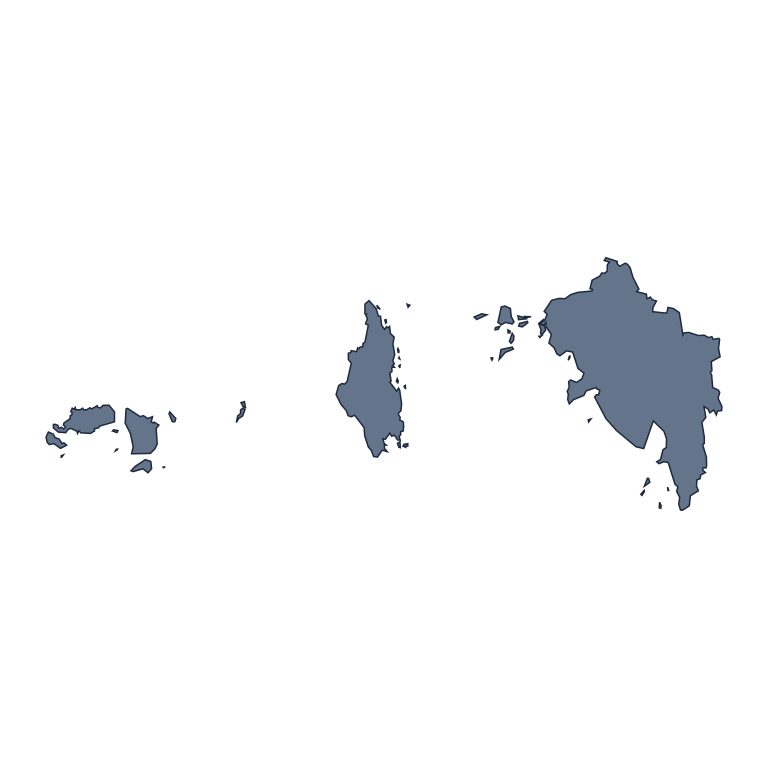 Mueang Satun, Satun, Thailand (Albers equal-area conic projection)
{"feature_id": "78962969B14471868666252", "entity_name": "Mueang Satun", "entity_type": "district", "adm_level": 2, "iso_a3": "THA", "parent_name": "Thailand", "parent_adm1": "Satun", "projection": "albers", "projection_center": [99.766, 6.614], "detail": "fine", "context": "isolated", "style": "filled", "palette": "slate", "viewbox_px": 768, "rotation_deg": 0, "n_neighbors": 0, "source": "geoboundaries", "source_scale": "gbopen_adm2", "svg_char_len": 6113}
<svg xmlns="http://www.w3.org/2000/svg" viewBox="0 0 768 768"><path d="M605.9,257.7L604.2,260.5L609.5,262.1L607.4,264.7L607.1,271.4L604.1,273.4L601.8,272.9L599.8,276.1L592.1,280.2L590.0,288.7L592.5,289.3L591.9,291.0L577.6,292.4L570.7,294.6L565.1,298.7L559.0,298.4L551.6,300.3L544.2,311.4L547.2,314.3L544.6,320.4L541.0,322.6L540.7,324.2L544.0,325.1L545.9,322.6L546.2,326.9L551.3,334.5L548.9,343.0L554.1,347.8L556.9,353.9L559.8,355.8L566.7,350.8L572.7,352.1L578.0,368.5L584.0,373.2L581.7,379.0L576.5,382.4L570.6,380.0L568.6,381.7L569.2,387.3L567.2,391.3L568.3,394.3L567.7,399.5L569.3,403.9L573.5,399.7L583.9,395.4L586.2,390.9L596.2,387.5L597.1,389.2L599.8,389.9L598.6,394.8L596.4,394.7L594.6,397.0L606.0,418.7L616.4,430.4L635.9,446.7L643.7,448.6L653.3,420.9L664.0,431.3L666.5,438.8L666.3,447.5L663.0,449.7L660.5,459.5L656.7,461.8L659.1,463.7L663.7,461.7L668.2,462.5L675.0,484.3L677.8,486.6L676.7,491.6L679.7,497.3L678.7,504.1L680.5,510.0L682.5,510.3L689.3,505.8L690.4,495.8L698.4,490.8L696.5,486.0L696.9,479.9L700.1,478.7L700.7,474.9L705.4,472.6L702.7,470.0L702.9,467.9L706.0,467.9L706.6,465.6L706.4,457.0L702.6,444.5L704.3,443.5L704.3,437.0L701.9,422.4L705.8,417.5L704.0,406.5L707.9,408.9L709.8,412.8L713.8,410.0L716.3,414.9L717.5,411.1L721.6,410.6L721.9,406.5L718.1,398.3L719.7,392.3L718.2,390.0L712.7,387.5L711.6,374.7L710.2,372.4L711.9,370.8L711.3,361.6L720.1,356.8L718.5,348.3L719.6,339.7L718.9,338.4L713.2,339.3L711.9,336.7L708.6,337.6L704.2,335.2L698.4,335.5L688.5,332.4L683.7,333.0L682.9,334.8L679.3,312.6L673.5,308.6L668.0,307.4L667.0,312.2L665.6,313.1L652.8,311.7L652.9,307.7L656.5,301.0L652.3,299.8L650.4,297.1L646.9,298.7L646.4,294.1L636.7,291.7L638.9,289.1L633.0,277.5L630.1,267.6L627.5,264.3L625.2,263.2L619.7,266.3L616.8,263.2L617.4,261.5L605.9,257.7ZM376.0,308.4L369.0,300.6L365.0,304.1L364.9,313.8L366.6,314.1L365.9,315.5L367.4,318.6L365.5,323.8L368.3,325.2L365.0,342.0L363.0,343.5L362.6,346.8L360.1,347.0L359.0,348.7L357.7,347.8L356.6,351.7L351.2,350.6L350.7,352.5L348.3,353.3L348.4,359.7L351.3,363.0L347.2,381.3L344.7,384.1L341.9,383.5L338.7,385.6L336.1,394.6L341.2,404.7L346.4,410.7L348.0,415.6L351.0,416.8L354.7,415.3L364.1,427.6L364.7,435.8L368.3,446.9L371.3,450.4L373.6,456.5L377.5,457.1L382.2,450.2L387.2,451.6L384.5,448.4L384.4,445.0L386.2,445.1L384.0,443.2L382.9,438.7L385.4,439.3L389.8,433.2L391.6,436.2L394.6,435.3L397.5,440.0L400.2,440.0L399.0,436.5L400.7,434.8L400.6,431.8L403.2,431.0L403.6,426.9L403.4,422.0L399.7,419.8L400.2,417.4L398.6,414.8L398.6,412.8L400.9,410.9L401.6,404.1L399.7,390.2L398.6,388.1L396.7,391.2L389.7,382.0L391.1,381.0L389.9,373.2L392.0,371.4L391.7,367.4L394.4,367.2L392.5,365.2L394.3,364.0L392.9,360.8L394.7,354.5L392.9,343.8L394.2,337.2L390.4,333.4L389.6,326.4L388.1,327.8L386.6,326.7L384.6,329.4L381.6,325.2L380.5,316.2L378.4,316.0L376.0,308.4ZM140.1,416.6L127.6,408.4L126.1,408.9L125.2,423.2L130.3,433.3L133.2,446.8L131.6,453.8L150.4,453.4L154.9,448.9L157.2,444.0L156.2,428.4L158.9,425.1L154.1,422.1L153.3,423.0L151.2,422.0L152.5,416.7L147.8,418.5L143.4,415.7L140.1,416.6ZM109.1,405.3L103.2,405.3L100.3,408.0L97.4,407.1L97.2,405.8L91.6,408.9L89.9,407.8L86.8,409.7L83.5,409.8L82.7,408.2L79.9,409.9L75.7,409.6L75.2,407.5L74.0,409.2L72.2,408.2L70.8,411.7L72.1,412.4L71.9,414.7L70.2,415.7L70.2,418.5L63.9,423.1L63.4,425.2L65.4,426.6L65.1,427.8L63.4,428.8L61.5,427.3L58.7,428.1L57.8,425.3L55.0,424.3L53.4,424.5L53.3,427.8L58.3,432.1L65.8,432.7L67.9,429.5L70.8,428.4L77.0,431.3L77.5,433.4L78.9,430.8L80.7,432.8L90.5,433.4L94.6,430.9L94.4,428.8L98.6,427.8L99.6,426.1L114.5,421.8L114.5,411.9L109.1,405.3ZM504.9,306.0L501.3,306.9L497.9,322.4L501.3,324.8L505.5,322.4L512.2,324.0L514.0,321.9L511.2,316.4L510.4,308.5L504.9,306.0ZM53.2,434.1L48.4,432.0L46.1,437.0L47.1,442.1L49.2,444.5L54.0,443.7L60.5,448.4L66.6,445.2L63.9,442.8L62.1,443.6L59.2,439.1L55.0,437.5L53.2,434.1ZM151.6,468.7L150.8,461.4L145.2,459.7L135.0,466.5L131.0,470.8L133.1,471.6L143.0,468.8L148.0,472.8L151.6,468.7ZM512.3,347.1L501.0,349.5L499.2,359.4L505.2,352.5L513.3,349.1L512.3,347.1ZM544.3,325.8L540.2,324.2L540.2,322.7L544.1,319.0L538.7,323.5L541.0,329.8L540.5,333.7L542.0,334.9L545.7,329.9L544.3,325.8ZM243.1,408.2L240.6,409.8L240.5,413.6L237.8,415.8L236.3,422.5L238.7,418.5L242.7,415.9L245.0,409.3L243.1,408.2ZM174.8,421.7L175.8,418.6L169.8,411.9L169.0,413.8L172.4,421.8L174.8,421.7ZM486.8,314.8L481.7,313.8L474.1,317.0L476.7,319.5L486.8,314.8ZM527.3,321.4L519.6,323.3L518.6,326.1L522.4,326.9L527.8,322.7L527.3,321.4ZM513.9,336.1L512.2,333.3L509.4,341.4L511.2,343.3L513.6,340.2L513.9,336.1ZM518.5,319.7L527.3,318.7L518.0,315.8L518.5,319.7ZM644.4,486.2L649.8,482.4L648.6,478.4L647.4,478.3L644.4,486.2ZM245.5,407.5L244.4,401.6L241.0,402.6L243.2,406.8L245.5,407.5ZM400.0,441.6L397.5,443.4L398.8,447.2L400.3,447.7L400.0,441.6ZM407.8,443.7L403.9,444.3L403.0,446.2L405.7,447.3L405.5,446.2L407.8,446.1L407.8,443.7ZM118.0,430.6L113.8,429.8L112.5,431.0L117.0,432.6L118.0,430.6ZM499.8,326.4L495.5,327.5L495.0,329.7L498.1,329.4L499.8,326.4ZM525.9,317.6L531.1,316.7L524.6,316.5L525.9,317.6ZM660.7,508.4L661.2,505.9L659.6,502.2L659.2,507.8L660.7,508.4ZM510.2,331.2L507.9,329.9L508.1,332.9L509.9,332.9L510.2,331.2ZM642.0,495.4L644.4,491.6L644.1,490.4L640.8,494.4L642.0,495.4ZM409.9,305.2L407.1,304.2L408.1,307.2L409.9,305.2ZM590.9,419.0L588.2,419.8L588.6,422.0L590.9,419.0ZM668.7,490.4L667.6,487.1L667.9,490.5L668.7,490.4ZM397.6,347.7L398.0,352.2L398.8,352.4L398.9,350.4L397.6,347.7ZM377.7,307.9L380.2,309.3L376.8,305.2L377.7,307.9ZM397.8,382.8L398.3,381.1L397.2,378.7L396.4,381.3L397.8,382.8ZM386.1,319.6L384.8,320.0L385.7,323.2L386.5,322.3L386.1,319.6ZM541.5,335.9L538.9,336.3L539.8,337.5L541.5,335.9ZM405.3,385.4L404.0,386.4L405.7,389.1L405.3,385.4ZM568.2,360.2L569.5,358.5L570.2,355.5L569.1,356.8L568.2,360.2ZM63.4,454.9L61.2,455.7L61.2,457.3L61.8,457.1L63.4,454.9ZM400.1,367.8L399.8,366.2L400.6,364.3L398.8,366.1L400.1,367.8ZM492.6,357.8L491.0,357.9L491.9,360.2L492.5,359.4L492.6,357.8ZM163.4,467.7L165.3,466.8L163.1,467.1L163.4,467.7ZM398.7,358.4L399.8,359.0L399.1,357.3L398.7,358.4ZM115.4,450.9L117.3,449.8L117.6,449.1L116.3,449.3L115.4,450.9Z" fill="#64748b" stroke="#1e293b" stroke-width="1.5"/></svg>